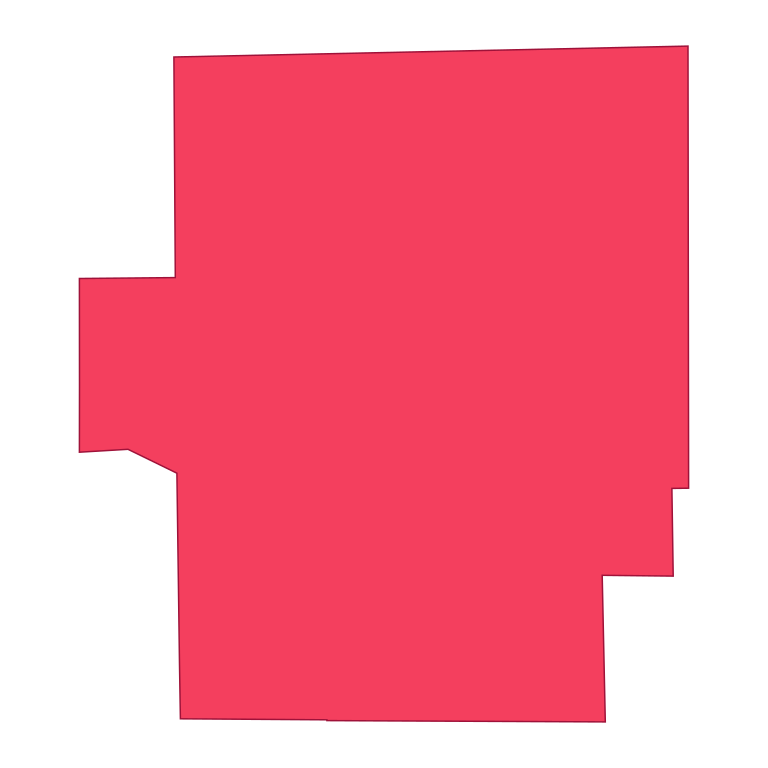 the district of Macon, Illinois, United States of America
{"feature_id": "52423323B50631899161108", "entity_name": "Macon", "entity_type": "district", "adm_level": 2, "iso_a3": "USA", "parent_name": "United States of America", "parent_adm1": "Illinois", "projection": "albers", "projection_center": [-88.998, 39.854], "detail": "fine", "context": "isolated", "style": "filled", "palette": "rose", "viewbox_px": 768, "rotation_deg": 0, "n_neighbors": 0, "source": "geoboundaries", "source_scale": "gbopen_adm2", "svg_char_len": 343}
<svg xmlns="http://www.w3.org/2000/svg" viewBox="0 0 768 768"><path d="M688.6,488.2L688.0,46.1L173.9,57.0L175.3,277.6L79.4,278.5L79.5,386.1L79.4,452.2L128.0,449.3L176.9,473.2L179.5,664.3L180.4,718.8L326.9,719.8L326.9,720.6L605.3,721.9L602.2,575.3L673.2,576.1L671.9,488.4L688.6,488.2Z" fill="#f43f5e" stroke="#9f1239" stroke-width="1.5"/></svg>